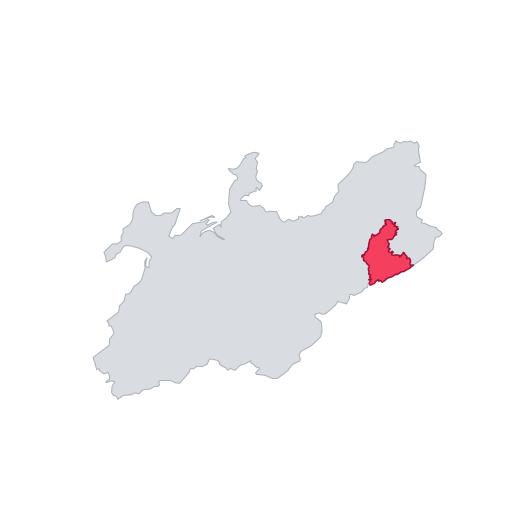 Rivne highlighted on a map of Ukraine, rotated 144°
{"feature_id": "UKR-286", "entity_name": "Rivne", "entity_type": "Region", "adm_level": 1, "iso_a3": "UKR", "parent_name": "Ukraine", "parent_adm1": "", "projection": "natural_earth1", "projection_center": [26.178, 50.971], "detail": "fine", "context": "in_parent", "style": "filled", "palette": "rose", "viewbox_px": 512, "rotation_deg": 144, "n_neighbors": 0, "source": "natural_earth", "source_scale": "10m", "svg_char_len": 9155}
<svg xmlns="http://www.w3.org/2000/svg" viewBox="0 0 512 512"><g transform="rotate(144 256 256)"><path d="M345.5,330.3L351.1,337.5L355.7,341.3L357.9,341.4L364.0,338.8L368.0,339.7L371.5,337.4L380.6,339.1L378.0,343.6L376.9,348.4L365.2,350.1L360.8,347.3L356.2,347.4L353.8,350.9L349.3,353.2L347.9,355.9L339.6,355.7L334.1,358.2L330.0,363.4L325.5,366.6L321.8,367.7L316.1,366.4L311.3,362.9L314.7,352.9L313.2,347.5L309.5,344.9L304.9,344.7L298.8,340.3L291.9,340.9L289.5,338.8L303.4,329.0L306.5,328.5L314.9,323.4L313.2,319.1L309.6,320.2L304.4,316.9L288.3,319.5L278.4,314.5L273.8,313.9L272.6,312.7L277.3,311.5L277.6,309.7L271.0,308.5L267.4,306.2L285.5,308.4L290.2,304.4L285.2,305.9L280.2,304.9L278.3,303.7L276.0,299.7L275.7,294.1L273.3,289.1L271.6,287.6L275.2,295.7L274.5,303.5L266.9,303.0L267.5,299.9L264.0,304.1L258.1,304.2L250.6,306.2L247.6,314.3L238.1,325.6L229.2,329.5L226.2,328.8L224.9,329.7L224.4,333.2L225.9,334.9L227.3,340.5L226.8,342.9L223.7,339.7L220.0,338.3L216.0,338.8L208.6,342.0L206.1,341.4L206.4,343.1L205.7,343.6L198.7,341.9L195.7,340.4L193.3,337.4L195.5,336.1L199.7,335.5L199.5,331.3L204.8,326.0L205.0,323.6L209.6,320.4L210.9,316.9L209.1,311.6L209.7,308.9L214.7,307.0L215.2,311.1L216.3,310.7L217.4,308.6L224.3,310.6L226.4,309.1L229.3,311.9L234.6,311.2L235.8,309.9L231.2,306.6L231.5,301.4L230.0,298.4L223.2,294.6L221.7,290.0L222.3,285.9L218.8,284.3L213.3,279.8L214.8,271.7L214.4,268.7L212.9,266.4L208.4,266.8L205.1,262.0L199.7,261.2L198.2,262.8L197.3,261.3L195.5,261.3L195.6,259.4L194.4,258.7L189.9,258.2L188.8,256.3L184.0,253.7L178.0,252.0L174.8,253.7L173.3,253.2L170.9,254.9L162.5,254.5L157.5,258.1L150.6,259.7L150.0,262.2L147.5,265.6L132.0,267.9L125.5,270.4L123.4,272.5L119.4,273.3L112.5,267.3L110.4,266.9L103.6,268.0L92.4,265.6L86.6,265.7L80.7,262.9L78.8,265.2L74.9,266.9L74.5,264.6L72.6,262.3L68.5,261.6L67.1,259.6L63.4,258.2L61.4,253.9L58.7,254.0L59.0,249.4L62.4,246.1L67.9,235.3L74.5,236.2L74.7,235.0L71.6,232.5L72.3,229.0L70.6,222.2L71.8,220.4L79.2,212.2L94.1,198.8L99.8,197.9L102.4,194.6L102.5,192.2L100.0,187.5L102.8,185.8L102.6,185.1L100.2,183.2L97.6,178.0L93.4,172.9L93.7,170.6L92.2,167.2L92.3,164.6L96.2,163.9L99.7,165.3L103.5,163.1L108.6,157.5L123.8,155.8L142.3,156.2L160.6,160.2L168.6,160.7L172.0,165.0L178.6,164.9L180.5,165.7L180.7,168.3L184.1,165.1L187.4,166.0L191.1,164.7L200.1,166.5L201.2,168.9L203.0,169.5L205.6,166.6L211.0,164.1L216.4,170.9L220.8,169.5L233.9,168.3L237.2,170.5L237.8,172.5L242.4,174.2L244.2,171.7L241.9,165.0L243.0,162.4L246.5,156.7L251.3,152.6L264.0,150.9L275.9,152.4L279.3,150.7L280.9,146.3L282.4,145.4L290.5,146.9L297.8,144.5L310.4,144.3L314.5,146.9L318.9,154.4L325.3,159.9L324.9,161.7L319.4,162.7L319.3,163.7L321.2,166.2L322.1,171.5L323.1,172.1L321.8,174.5L327.9,175.0L332.7,176.8L340.3,175.9L342.5,179.8L345.9,180.3L346.1,182.9L349.1,189.1L348.1,192.3L348.7,194.3L352.8,199.1L354.6,199.7L359.2,197.2L364.2,198.0L368.5,201.5L372.7,201.5L375.4,203.5L378.3,201.2L392.6,197.9L396.2,201.2L396.9,203.4L399.2,206.3L406.9,211.6L409.1,211.0L409.6,208.7L411.4,207.9L415.7,210.4L420.0,210.7L426.1,214.2L431.7,213.4L434.7,216.6L438.2,216.9L445.4,221.3L452.0,221.2L451.7,225.2L453.3,227.0L453.2,230.3L448.7,235.5L444.3,237.1L445.9,239.7L451.2,241.5L451.6,242.3L447.0,242.7L445.2,244.6L444.1,248.8L448.4,250.1L449.9,255.2L449.1,256.9L451.6,257.8L447.4,269.7L427.2,270.0L423.4,274.8L417.5,276.4L415.8,277.8L414.2,284.5L416.1,285.8L414.5,288.6L414.9,291.0L400.0,291.5L395.7,295.9L389.3,297.1L383.9,301.6L381.4,300.2L378.5,300.3L372.5,303.2L366.8,303.0L362.4,304.2L353.2,311.1L349.1,317.1L344.9,318.9L350.6,313.9L350.8,311.4L349.4,309.4L345.8,314.3L341.1,316.5L341.5,322.2L345.5,330.3ZM281.0,317.5L267.8,314.6L266.5,311.3L269.5,314.1L281.0,317.5Z" fill="#d9dde1" stroke="#a8b0b8" stroke-width="1"/><path d="M134.2,156.1L137.1,156.1L138.9,155.8L143.5,156.5L145.0,156.5L145.7,156.6L147.1,157.6L147.7,157.8L152.8,158.0L153.0,158.1L153.0,158.3L153.0,158.5L153.0,158.8L153.3,159.1L153.6,159.2L158.3,159.3L162.4,160.8L163.8,161.0L166.0,160.4L167.9,160.4L168.8,160.6L169.4,160.8L169.5,161.3L169.5,161.9L169.5,162.6L169.6,163.1L170.0,163.4L170.4,163.4L170.9,163.4L171.5,163.5L171.5,164.0L171.2,164.6L171.1,165.0L171.3,165.3L171.8,165.2L172.7,165.0L174.0,165.2L174.4,165.1L174.9,164.9L175.5,164.4L175.9,164.3L176.6,164.3L179.0,165.0L180.2,165.0L180.5,165.2L180.8,165.8L180.6,166.5L179.9,167.9L180.0,167.9L179.3,168.0L178.5,168.3L178.2,168.4L178.1,168.9L178.0,169.4L178.1,169.6L178.1,169.8L178.4,170.0L178.6,170.3L178.7,170.5L178.4,170.7L178.2,170.6L177.3,170.0L177.2,169.9L177.1,169.6L176.8,169.3L176.6,169.2L176.4,169.3L176.4,169.5L176.2,170.8L176.2,171.1L176.2,171.4L176.5,171.6L176.7,171.8L176.6,172.0L176.3,172.5L176.0,172.7L174.7,173.0L174.6,173.3L175.4,174.5L175.4,174.9L175.3,175.2L175.0,175.7L174.9,175.8L174.4,176.0L174.2,176.2L173.9,177.1L173.4,177.6L173.2,178.8L173.0,179.1L172.6,179.4L172.2,180.1L172.0,180.3L171.5,180.5L170.7,180.7L170.5,180.8L170.3,181.0L170.1,181.5L169.9,181.7L169.9,181.8L170.3,182.4L170.4,182.9L170.5,183.0L170.8,183.4L170.8,183.5L170.7,183.6L170.4,183.8L170.5,184.1L170.7,184.4L170.8,184.6L170.8,185.1L170.5,186.6L170.5,187.0L170.7,187.4L170.9,187.8L171.4,188.4L171.6,188.8L171.4,189.3L171.0,190.4L170.8,190.6L170.3,191.1L169.9,192.0L169.9,192.3L170.0,192.5L170.6,192.9L170.7,193.0L170.8,193.1L170.6,193.5L169.9,194.3L168.8,194.1L168.7,194.0L168.5,193.9L168.5,193.5L168.4,193.1L168.1,193.0L167.8,193.0L167.7,193.1L167.3,193.7L167.2,193.8L166.2,194.2L165.6,194.5L165.4,194.8L165.2,194.9L164.8,195.0L164.6,194.9L164.1,194.7L163.7,194.6L163.4,194.6L163.0,194.9L161.5,195.4L161.4,195.5L161.3,196.3L161.3,196.5L161.0,196.6L160.4,196.4L160.1,196.4L160.0,196.5L159.9,196.8L159.9,197.0L159.4,197.4L159.3,197.7L159.2,197.8L159.0,198.0L158.1,198.6L158.0,198.8L158.0,199.1L157.9,199.4L156.8,200.1L156.7,200.2L156.3,200.7L156.2,200.8L155.2,201.5L154.8,202.0L154.4,202.3L154.0,202.4L153.5,202.5L152.9,202.4L152.6,202.4L152.3,202.6L151.8,202.9L150.9,204.1L150.5,204.5L150.1,204.7L149.0,205.1L148.9,204.3L148.7,204.0L148.4,203.8L148.3,203.5L148.5,203.1L148.6,202.9L148.8,202.7L148.9,202.4L148.9,202.2L148.7,202.1L148.2,202.4L147.5,202.6L147.3,202.6L145.7,202.0L145.3,202.0L145.0,202.0L144.4,202.3L143.9,202.2L143.3,202.0L142.8,202.0L142.2,202.3L140.2,204.1L139.8,204.4L137.2,204.5L136.8,204.6L136.6,204.7L136.2,205.1L135.8,205.2L135.7,205.1L135.6,204.9L135.4,204.9L135.2,204.9L134.8,205.3L134.5,205.4L134.3,205.4L134.0,205.2L133.4,205.1L133.0,204.9L132.4,204.8L132.2,204.8L131.9,205.0L131.8,205.4L131.7,205.7L131.8,205.9L132.3,206.2L132.3,206.4L132.1,206.8L131.9,207.0L131.2,207.4L131.1,207.6L131.2,208.0L131.1,208.3L131.1,208.6L130.7,208.4L130.4,208.3L130.2,208.5L130.1,209.0L128.5,208.2L126.5,206.7L126.3,206.5L126.1,205.8L126.1,205.5L126.1,205.0L126.3,204.3L126.3,204.1L125.8,203.6L125.7,203.4L126.4,202.7L126.6,202.4L126.7,202.0L126.6,201.6L126.4,201.3L126.0,201.2L125.7,201.2L124.9,201.5L124.4,201.6L124.0,201.5L123.7,201.4L123.5,201.1L124.8,200.1L125.5,199.4L126.4,199.1L126.5,198.9L126.6,198.7L126.0,198.3L125.8,198.2L125.2,197.4L125.0,197.2L124.3,196.7L124.2,196.5L124.2,196.4L124.3,196.4L124.9,196.4L125.1,196.3L125.5,196.0L125.8,195.4L125.6,195.2L124.8,194.7L124.8,194.4L125.1,194.1L125.3,194.0L126.4,194.2L128.1,194.3L128.4,194.2L128.6,194.1L128.8,193.8L128.8,193.4L128.7,193.1L128.4,192.6L128.4,192.4L128.5,192.3L128.6,192.2L130.2,192.4L130.5,192.3L130.5,192.2L130.4,192.1L129.9,191.8L129.8,191.6L129.9,191.4L130.0,191.3L130.1,191.1L130.0,190.7L130.8,190.9L131.2,191.0L131.8,191.1L132.2,191.1L132.8,190.7L133.5,190.5L134.4,190.1L134.9,189.9L135.3,189.7L136.4,189.7L136.8,189.8L137.2,190.0L137.6,190.5L137.6,190.8L137.8,190.9L138.6,191.0L138.9,191.1L139.7,191.7L139.9,191.8L140.2,191.8L140.3,191.7L140.6,190.7L141.1,190.1L141.1,189.8L141.1,189.6L141.0,188.9L141.1,187.7L141.2,187.3L141.3,187.2L142.7,186.4L142.9,186.3L143.7,186.4L143.9,186.3L144.0,186.1L143.9,185.9L143.3,185.7L143.2,185.6L143.3,185.3L143.5,185.0L144.2,184.4L144.2,184.2L144.3,184.0L144.2,183.8L143.9,183.6L143.5,183.3L143.4,183.2L143.5,182.9L143.7,182.7L145.4,182.5L145.9,182.2L146.0,182.1L146.0,181.9L145.9,181.3L145.7,181.0L145.5,180.5L145.2,180.0L144.8,179.7L144.5,179.5L144.2,179.5L143.7,179.7L143.5,179.8L142.9,179.6L142.8,179.4L142.9,178.4L143.0,178.3L144.5,178.1L145.0,177.8L145.3,177.3L145.3,176.7L145.2,176.5L144.1,175.5L142.4,174.9L141.7,174.2L141.1,173.8L140.9,173.6L140.8,173.1L140.7,173.0L140.0,172.7L139.9,172.6L139.8,172.3L139.9,171.8L140.1,171.2L140.1,170.9L139.5,171.2L139.3,171.3L139.0,171.3L138.7,171.1L138.5,170.8L138.3,170.8L138.1,170.9L137.8,171.3L137.7,171.4L137.5,171.5L137.2,171.5L136.8,171.3L136.5,171.3L136.0,171.4L135.5,171.6L135.3,171.8L135.1,172.2L134.9,172.3L134.6,172.2L134.3,171.8L134.3,171.6L134.5,170.5L134.4,169.9L134.4,169.6L134.6,168.8L134.5,168.5L134.2,167.5L134.2,167.0L134.3,166.7L134.5,166.5L135.0,166.1L135.3,165.7L135.4,165.4L135.3,165.2L135.2,165.2L134.6,165.0L134.5,164.9L134.4,164.6L133.9,164.6L133.7,164.6L133.4,164.4L133.3,164.1L133.2,163.2L133.4,162.2L133.5,161.7L134.7,160.2L135.6,159.6L135.9,159.2L136.1,158.9L136.2,158.6L136.0,157.9L136.0,157.7L136.0,157.4L136.2,157.1L136.7,156.9L134.5,156.7L134.3,156.6L134.2,156.1Z" fill="#f43f5e" stroke="#9f1239" stroke-width="1.5"/></g></svg>